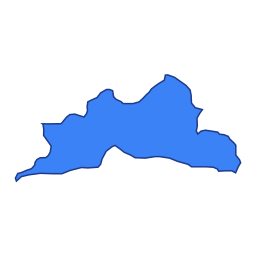 outline of Älmhult, Kronoberg, Sweden
{"feature_id": "70781695B11327054975431", "entity_name": "Älmhult", "entity_type": "district", "adm_level": 2, "iso_a3": "SWE", "parent_name": "Sweden", "parent_adm1": "Kronoberg", "projection": "robinson", "projection_center": [14.182, 56.617], "detail": "fine", "context": "isolated", "style": "filled", "palette": "blue", "viewbox_px": 256, "rotation_deg": 0, "n_neighbors": 0, "source": "geoboundaries", "source_scale": "gbopen_adm2", "svg_char_len": 1413}
<svg xmlns="http://www.w3.org/2000/svg" viewBox="0 0 256 256"><path d="M218.6,171.2L225.1,170.8L231.8,170.8L235.6,172.8L238.3,166.6L240.6,162.8L239.6,159.9L235.8,155.1L235.8,145.3L235.0,144.2L233.4,142.4L229.7,139.0L228.3,136.4L223.9,134.7L219.5,134.2L217.7,132.1L205.5,130.2L201.1,131.1L197.7,134.0L196.3,130.9L197.3,125.9L197.0,118.0L200.0,112.9L202.4,109.6L195.2,107.7L191.5,103.1L191.1,95.2L190.1,90.0L186.0,85.4L180.6,81.6L174.5,77.3L167.7,74.9L165.3,75.1L165.3,75.7L164.3,80.2L158.8,83.5L155.4,85.9L151.4,89.0L149.0,92.4L146.6,94.5L142.5,98.8L139.1,101.9L133.0,103.6L123.2,103.6L121.1,101.7L116.0,99.3L113.6,96.7L112.6,90.7L109.6,89.5L106.5,89.5L100.7,92.8L97.0,97.6L91.5,100.0L87.8,101.9L87.1,106.5L87.5,110.8L86.4,113.9L84.0,117.0L79.3,115.6L74.9,114.1L69.8,114.6L66.7,117.0L61.2,123.7L48.3,123.9L42.4,123.8L43.0,124.3L43.8,129.7L43.6,135.4L47.9,141.4L51.2,146.1L50.3,151.8L48.6,155.2L45.9,157.6L40.1,157.8L37.0,159.5L35.2,162.1L34.6,165.2L31.5,168.7L26.9,170.2L21.3,172.6L17.8,173.5L15.4,178.1L16.4,181.1L21.4,176.6L29.0,174.8L40.4,173.3L52.7,173.7L62.0,173.7L70.2,170.4L81.5,167.5L87.7,167.9L98.0,167.2L100.6,164.3L102.1,158.8L106.2,151.2L111.9,146.8L115.0,145.4L120.6,149.4L124.2,152.3L130.9,155.2L135.0,157.7L145.3,158.1L155.1,156.6L159.7,156.6L169.5,158.1L177.7,161.4L188.0,164.3L191.6,166.8L206.5,166.8L213.2,167.2L217.4,169.0L218.6,171.2Z" fill="#3b82f6" stroke="#1e3a8a" stroke-width="1.5"/></svg>